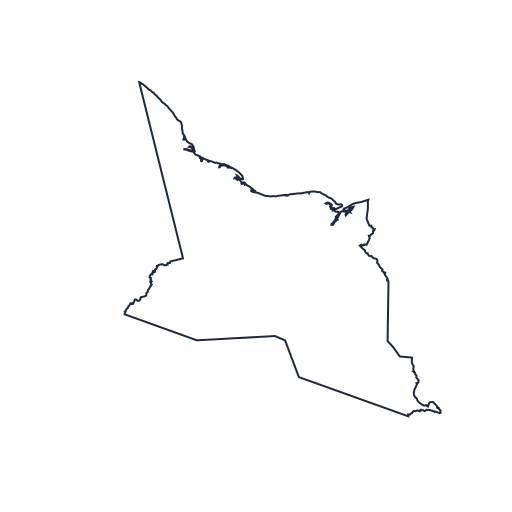 Kerema District, Gulf, Papua New Guinea, rotated 166°
{"feature_id": "67681753B5662313405316", "entity_name": "Kerema District", "entity_type": "district", "adm_level": 2, "iso_a3": "PNG", "parent_name": "Papua New Guinea", "parent_adm1": "Gulf", "projection": "orthographic", "projection_center": [146.045, -7.858], "detail": "fine", "context": "isolated", "style": "outline", "palette": "slate", "viewbox_px": 512, "rotation_deg": 166, "n_neighbors": 0, "source": "geoboundaries", "source_scale": "gbopen_adm2", "svg_char_len": 6110}
<svg xmlns="http://www.w3.org/2000/svg" viewBox="0 0 512 512"><g transform="rotate(166 256 256)"><path d="M397.6,231.2L333.8,188.5L257.1,173.8L248.2,167.1L243.7,128.1L147.0,63.6L146.7,65.4L145.0,64.9L144.3,65.6L142.7,65.8L141.0,67.3L140.2,67.4L138.7,66.8L136.9,67.2L134.7,65.7L134.0,66.7L133.4,66.8L133.4,66.4L131.2,66.0L129.8,64.6L127.8,65.6L126.6,65.0L125.6,64.9L122.2,63.1L121.7,62.5L121.1,62.5L120.4,62.0L120.3,61.5L119.4,61.5L115.6,59.1L114.9,59.2L114.4,61.6L115.6,63.4L115.2,63.7L115.3,64.2L116.0,64.8L116.8,64.8L117.0,65.5L116.5,66.0L116.8,66.8L119.7,71.6L122.1,72.0L123.3,71.6L125.7,68.3L126.2,68.8L126.4,69.9L127.2,70.2L127.8,70.0L129.3,70.2L133.0,74.0L134.4,76.7L134.3,78.1L134.9,79.5L135.6,80.2L136.4,83.0L135.8,85.5L134.5,88.1L130.9,92.5L131.0,93.8L130.1,93.7L129.2,94.0L128.8,94.4L128.8,95.6L128.2,96.2L129.9,99.2L129.2,101.0L130.1,102.7L129.9,104.1L131.1,105.6L130.5,105.5L130.8,107.1L130.6,108.7L129.6,110.9L130.2,112.5L130.6,115.1L129.2,119.7L140.8,123.7L145.0,134.5L148.9,141.6L133.6,199.3L133.8,200.3L134.7,200.5L134.6,201.5L133.9,201.9L133.9,202.6L135.5,206.8L134.6,208.6L135.3,209.0L135.8,208.6L136.4,210.1L137.1,210.5L137.1,211.8L136.6,212.3L138.4,215.0L139.1,218.3L139.8,219.2L140.2,220.2L139.7,220.6L139.3,221.7L139.6,223.9L142.3,225.4L143.6,226.9L143.8,227.9L146.2,228.7L147.0,230.6L147.0,231.6L148.1,231.8L148.3,232.2L149.0,233.8L149.0,235.1L150.7,237.4L152.8,241.0L151.0,241.6L150.2,240.6L149.2,240.3L148.6,240.9L148.2,240.6L147.9,240.9L145.9,240.2L141.4,245.6L141.6,248.3L140.4,248.0L139.9,248.6L136.9,249.8L136.6,251.6L135.2,252.1L134.5,253.2L135.7,253.1L135.7,254.1L136.3,255.8L137.0,255.9L136.9,257.6L138.6,258.0L139.7,265.5L136.0,274.9L134.1,282.4L133.4,283.4L141.0,282.9L146.5,283.3L149.4,283.1L155.9,281.1L159.3,280.7L159.9,280.1L159.8,279.5L157.5,277.8L155.7,278.1L152.9,280.1L149.5,280.2L151.5,278.0L154.5,276.4L154.1,275.5L154.9,275.9L155.8,275.9L159.0,273.7L159.1,274.8L157.5,275.7L157.1,276.3L157.5,276.8L159.4,277.7L161.6,278.6L162.8,278.5L168.1,272.8L168.3,272.3L168.0,271.6L168.1,271.3L169.0,271.3L170.8,270.3L172.1,269.4L173.4,267.9L173.9,268.3L174.7,267.7L175.3,268.0L175.0,268.8L173.9,269.1L171.0,271.5L169.3,273.2L169.3,274.6L165.5,277.0L164.9,277.8L164.9,278.2L165.5,278.8L168.2,279.9L169.2,282.0L169.6,281.6L170.1,281.6L169.1,283.0L169.4,283.2L171.0,282.9L172.0,283.7L171.8,285.5L172.2,286.0L171.1,286.7L171.2,287.4L172.2,288.8L173.2,289.8L175.0,289.5L175.6,290.1L174.0,290.5L172.8,290.3L170.3,287.8L170.2,287.3L170.3,286.5L171.1,285.4L171.4,284.4L171.1,284.0L168.9,283.8L167.2,282.2L161.0,283.3L160.2,283.7L160.2,284.4L160.6,285.4L164.1,286.2L165.8,287.7L166.0,289.3L167.3,290.7L168.3,292.7L169.3,293.9L170.7,294.7L172.4,296.2L173.4,297.6L176.9,300.6L178.3,302.4L181.1,303.2L183.6,304.5L187.9,305.3L188.4,305.2L189.3,304.1L189.5,305.1L190.9,305.6L197.7,305.9L198.9,306.4L208.0,307.6L208.8,307.6L210.9,306.9L212.0,307.3L211.4,307.8L211.9,308.0L220.2,309.1L222.7,309.1L224.5,309.9L227.1,310.2L232.6,312.2L238.9,316.8L243.8,319.0L245.0,320.4L244.2,321.7L243.9,321.7L243.2,320.9L242.7,321.4L244.4,323.5L248.2,327.6L248.9,329.3L249.8,330.4L250.6,330.4L250.7,330.1L249.1,328.7L249.2,327.9L249.7,327.8L249.9,328.8L250.4,329.3L251.6,329.6L252.3,329.2L252.7,329.7L252.1,330.6L252.8,332.2L253.1,333.7L254.2,334.4L255.5,334.2L256.2,334.9L256.3,336.2L258.2,336.5L257.7,337.2L257.0,337.1L255.8,336.2L255.5,334.8L255.2,334.7L254.5,335.0L254.1,335.4L254.1,336.0L255.4,337.2L254.7,337.5L255.0,338.7L254.4,338.2L252.8,335.1L250.4,333.6L249.9,333.8L249.9,337.0L252.2,341.1L254.2,343.7L258.2,347.7L258.8,347.7L258.2,346.8L260.3,348.4L261.9,348.5L262.0,348.7L261.4,349.0L261.4,349.3L263.3,350.9L266.2,352.0L267.7,352.1L268.6,352.0L269.5,350.9L270.2,350.9L270.0,351.8L268.1,353.4L267.9,353.9L268.3,354.3L271.1,355.5L271.9,356.3L273.3,356.3L275.2,357.9L277.8,359.4L279.2,358.8L279.7,359.5L279.1,360.2L282.3,362.4L284.8,364.7L285.2,364.8L285.4,364.4L283.9,363.0L284.9,362.6L285.3,361.3L286.0,361.1L286.3,361.5L285.8,363.4L286.8,364.9L286.8,365.5L286.1,365.8L286.2,366.3L290.1,369.0L291.9,372.6L294.9,373.8L297.6,375.9L299.8,376.7L299.6,377.2L298.4,376.8L297.0,376.3L295.8,375.2L294.5,374.5L291.7,373.9L291.4,375.7L293.5,377.8L294.5,378.1L294.0,378.5L293.5,378.5L291.8,376.9L291.3,377.0L291.1,376.8L290.8,372.4L290.5,372.1L290.2,372.2L290.2,376.9L291.1,379.9L294.2,382.4L295.2,383.8L296.2,387.7L296.6,388.0L296.8,387.9L297.4,386.3L298.2,386.4L298.2,387.0L297.5,387.3L297.0,389.0L296.7,389.3L296.2,389.4L297.4,392.7L297.0,395.5L297.1,397.9L296.4,399.5L296.3,403.5L296.8,404.8L298.5,406.3L299.6,407.7L299.9,409.1L300.9,411.3L302.0,415.3L305.1,421.0L305.7,422.9L307.3,424.6L307.8,425.8L310.0,428.1L310.8,430.5L313.4,434.7L313.6,435.5L315.3,437.6L315.6,438.8L316.9,440.0L318.0,441.9L319.8,443.5L321.6,446.6L322.2,447.1L323.9,449.7L325.6,451.3L325.9,452.1L327.3,452.9L327.4,271.4L340.5,271.4L341.3,270.0L343.4,270.6L343.8,269.9L343.9,269.1L344.5,269.4L345.1,268.8L347.2,269.2L348.4,270.5L348.9,270.7L349.9,270.6L350.3,270.9L352.9,270.8L353.5,270.1L354.6,270.4L355.0,269.7L354.8,268.7L355.9,267.6L357.1,267.4L357.7,265.9L358.2,266.3L358.4,266.2L358.5,264.9L359.1,264.8L359.7,266.0L360.8,264.6L360.7,263.7L361.0,263.2L361.5,263.4L361.7,263.9L362.0,263.8L362.7,263.5L364.1,262.0L364.4,260.9L363.3,260.0L363.7,259.3L363.6,258.9L364.0,258.6L363.9,257.6L364.8,257.0L364.8,256.5L363.7,256.3L364.5,255.5L364.6,254.7L364.0,253.5L365.1,252.9L365.7,251.9L366.3,251.8L367.4,250.3L369.2,249.0L370.0,247.2L371.3,246.6L372.1,244.1L374.5,243.7L377.5,243.9L378.2,243.3L378.4,242.4L379.1,241.6L380.1,241.0L381.1,240.9L382.0,241.5L382.8,242.8L384.0,243.1L385.7,240.8L386.5,240.3L386.4,239.7L386.7,239.3L388.3,239.5L388.5,240.3L389.2,240.5L391.2,238.3L392.3,237.9L392.9,236.6L394.6,235.8L395.7,234.1L396.7,233.8L396.4,233.1L397.2,232.2L397.6,231.2ZM267.1,353.1L266.6,352.6L265.0,352.5L262.3,350.9L264.6,352.8L265.5,353.1L267.1,353.1ZM262.0,350.6L260.0,348.7L259.7,348.7L261.0,350.3L261.7,350.7L262.0,350.6ZM242.8,319.7L241.6,319.3L241.0,318.5L240.9,318.7L241.3,319.6L242.0,320.0L242.8,319.7ZM152.8,278.3L153.7,278.1L154.5,277.3L152.7,277.9L152.8,278.3Z" fill="none" stroke="#1e293b" stroke-width="2"/></g></svg>